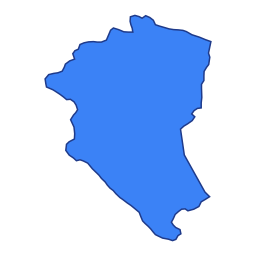 Casserengue, Paraíba, Brazil (orthographic projection)
{"feature_id": "56859067B62762584744623", "entity_name": "Casserengue", "entity_type": "district", "adm_level": 2, "iso_a3": "BRA", "parent_name": "Brazil", "parent_adm1": "Paraíba", "projection": "orthographic", "projection_center": [-35.847, -6.765], "detail": "fine", "context": "isolated", "style": "filled", "palette": "blue", "viewbox_px": 256, "rotation_deg": 0, "n_neighbors": 0, "source": "geoboundaries", "source_scale": "gbopen_adm2", "svg_char_len": 1702}
<svg xmlns="http://www.w3.org/2000/svg" viewBox="0 0 256 256"><path d="M175.9,239.4L178.0,235.6L180.9,233.8L180.0,229.6L175.7,227.5L173.3,225.1L171.4,222.2L173.2,218.9L175.2,214.4L178.5,211.5L181.6,209.2L185.2,208.9L187.9,210.8L193.8,209.2L198.9,206.5L201.2,201.8L205.3,199.4L209.6,196.7L204.9,192.0L184.3,155.0L180.5,129.1L184.0,126.0L187.5,123.9L192.2,120.6L194.8,116.8L191.7,113.9L194.1,110.6L197.4,108.4L201.2,107.9L201.2,102.9L201.8,97.5L201.5,88.4L201.5,84.3L203.9,80.5L203.9,75.9L204.1,71.4L206.5,67.4L208.7,64.5L209.8,57.2L208.5,53.1L210.9,41.6L205.3,39.6L199.5,37.2L191.8,34.7L186.4,31.6L183.0,30.4L178.5,29.9L173.6,29.6L169.1,28.9L164.4,27.5L159.5,26.1L155.4,24.7L153.3,20.2L149.8,17.5L145.7,15.7L142.1,18.2L139.1,16.6L134.9,15.4L130.4,16.8L130.1,21.3L130.9,24.7L132.2,28.2L132.8,32.1L128.5,32.1L123.8,31.8L118.8,29.7L113.4,28.0L110.6,30.2L108.7,34.7L106.4,40.1L101.3,42.1L97.4,42.1L93.4,41.6L88.4,41.9L84.1,42.8L80.0,44.5L78.3,49.2L74.9,50.7L72.8,53.7L74.6,59.1L69.7,60.9L65.4,64.1L64.3,67.2L62.2,71.2L57.9,72.8L53.7,73.4L48.7,74.6L45.1,78.9L45.8,83.6L46.5,87.0L53.0,89.8L59.5,94.0L63.3,96.8L66.6,99.6L70.4,99.3L74.0,101.8L76.1,105.1L77.6,109.7L75.7,112.7L73.5,115.1L70.6,119.7L74.0,127.1L74.7,133.7L74.4,139.0L69.2,141.7L66.5,144.3L65.8,150.4L69.2,155.1L73.5,158.0L76.4,160.7L80.0,159.8L83.2,160.9L87.7,163.1L92.4,168.8L95.6,171.9L99.0,175.2L101.5,178.5L105.1,181.9L107.4,185.2L110.1,188.2L113.2,190.5L116.0,193.8L120.0,197.6L122.9,199.6L127.2,202.9L130.9,205.4L134.2,208.1L139.2,212.3L140.9,216.8L142.6,220.9L145.0,223.4L148.2,226.3L150.7,228.9L153.0,231.8L155.4,234.6L158.4,236.1L162.6,238.1L168.5,239.2L172.6,240.6L175.9,239.4Z" fill="#3b82f6" stroke="#1e3a8a" stroke-width="1.5"/></svg>